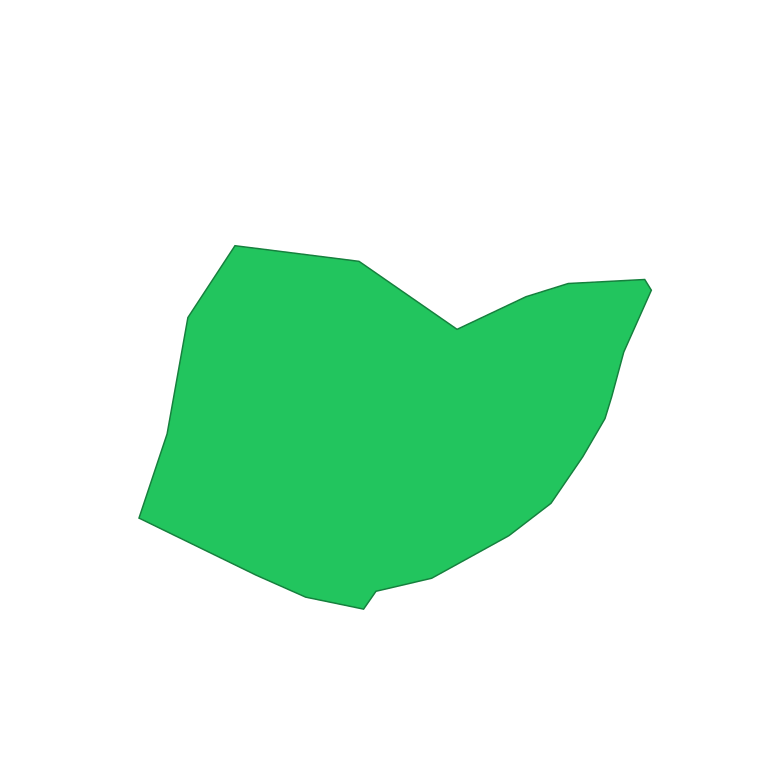 outline of Western, American Samoa, United States of America, rotated 151°
{"feature_id": "52423323B2854744470595", "entity_name": "Western", "entity_type": "district", "adm_level": 2, "iso_a3": "USA", "parent_name": "United States of America", "parent_adm1": "American Samoa", "projection": "robinson", "projection_center": [-170.781, -14.331], "detail": "fine", "context": "isolated", "style": "filled", "palette": "green", "viewbox_px": 768, "rotation_deg": 151, "n_neighbors": 0, "source": "geoboundaries", "source_scale": "gbopen_adm2", "svg_char_len": 435}
<svg xmlns="http://www.w3.org/2000/svg" viewBox="0 0 768 768"><g transform="rotate(151 384 384)"><path d="M511.0,197.0L491.5,206.6L436.4,191.0L348.3,190.8L295.8,198.7L245.4,224.0L207.5,246.6L191.2,262.3L158.8,295.7L104.7,336.4L105.3,349.0L174.2,382.6L217.4,391.5L293.6,396.4L346.4,503.4L447.3,577.2L523.3,537.2L597.9,445.5L663.3,385.5L588.6,278.9L555.8,235.5L511.0,197.0Z" fill="#22c55e" stroke="#15803d" stroke-width="1.5"/></g></svg>